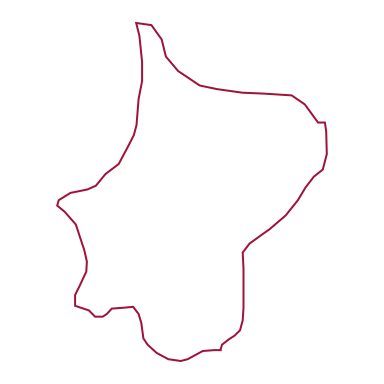 map outline of Bosilovo (Equal Earth projection)
{"feature_id": "MKD-2997", "entity_name": "Bosilovo", "entity_type": "Statistical Region", "adm_level": 1, "iso_a3": "MKD", "parent_name": "North Macedonia", "parent_adm1": "", "projection": "equal_earth", "projection_center": [22.756, 41.481], "detail": "fine", "context": "isolated", "style": "outline", "palette": "rose", "viewbox_px": 384, "rotation_deg": 0, "n_neighbors": 0, "source": "natural_earth", "source_scale": "10m", "svg_char_len": 1042}
<svg xmlns="http://www.w3.org/2000/svg" viewBox="0 0 384 384"><path d="M324.9,122.5L326.2,131.5L326.8,154.1L322.8,169.5L313.8,176.7L305.5,187.5L297.9,200.2L285.6,215.5L269.7,229.1L262.1,234.5L249.6,243.5L242.7,252.5L243.5,268.8L243.5,286.0L243.5,307.7L242.7,320.4L240.0,330.3L234.5,335.7L228.9,339.3L222.0,344.7L220.7,349.2L220.7,350.1L214.5,350.1L202.8,351.0L195.9,354.7L187.7,359.2L180.8,361.0L168.3,359.2L156.6,352.9L147.6,344.7L143.4,338.4L141.3,323.0L138.6,314.0L133.1,306.8L124.1,307.7L111.8,308.6L106.8,314.0L102.7,316.7L95.1,316.7L88.9,310.4L80.7,307.7L75.1,305.8L75.1,295.0L80.0,285.1L86.3,271.6L86.9,261.6L84.2,249.8L79.4,235.4L75.9,224.6L64.8,211.9L58.2,206.4L57.2,205.6L58.7,200.2L70.4,192.9L79.4,191.1L87.6,189.4L95.9,185.7L105.5,174.0L118.7,164.0L128.3,146.0L133.8,135.2L136.5,125.2L138.6,99.0L142.1,81.0L142.1,62.0L139.4,35.8L136.2,23.0L151.4,25.1L161.7,39.5L165.9,56.6L178.2,71.1L199.7,85.5L216.9,89.1L242.4,92.7L263.8,93.6L291.7,95.4L304.8,104.4L318.0,122.5L324.9,122.5Z" fill="none" stroke="#9f1239" stroke-width="2"/></svg>